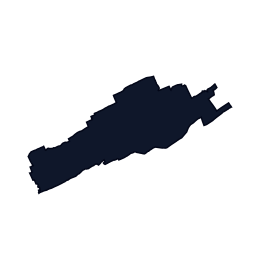 outline of Bogdanesti, Vaslui, Romania, rotated 258°
{"feature_id": "2599482B63320103787750", "entity_name": "Bogdanesti", "entity_type": "district", "adm_level": 2, "iso_a3": "ROU", "parent_name": "Romania", "parent_adm1": "Vaslui", "projection": "orthographic", "projection_center": [27.722, 46.427], "detail": "fine", "context": "isolated", "style": "filled", "palette": "ink", "viewbox_px": 256, "rotation_deg": 258, "n_neighbors": 0, "source": "geoboundaries", "source_scale": "gbopen_adm2", "svg_char_len": 5699}
<svg xmlns="http://www.w3.org/2000/svg" viewBox="0 0 256 256"><g transform="rotate(258 128 128)"><path d="M127.0,233.5L128.4,233.0L128.7,232.7L129.0,232.6L130.7,232.0L131.6,231.6L128.4,223.4L126.2,218.3L129.2,217.2L133.0,215.6L136.4,214.0L138.7,213.1L139.7,212.6L140.6,214.7L141.0,215.5L141.3,216.0L141.8,217.2L141.9,217.8L142.2,218.3L142.3,218.6L142.5,219.2L144.6,219.3L147.3,219.1L147.4,220.2L147.5,220.6L147.7,221.0L148.2,221.9L149.1,223.3L152.9,222.1L152.5,221.2L152.1,220.8L151.6,219.9L151.4,219.4L150.5,217.8L150.0,216.7L150.0,216.1L149.7,215.4L149.6,214.7L149.5,214.3L149.2,214.2L149.0,213.6L148.7,213.3L148.3,213.5L147.1,213.5L146.9,213.5L146.9,213.4L147.2,212.9L147.5,212.7L147.5,212.3L147.6,212.2L148.1,211.8L148.2,211.4L148.0,211.1L148.0,210.7L147.9,210.6L148.6,210.3L147.9,208.9L148.6,208.6L148.5,208.2L147.7,208.3L146.6,205.4L146.3,204.8L144.9,201.2L144.9,200.9L145.0,199.5L144.9,199.0L144.1,197.5L143.9,197.1L143.8,196.4L153.1,194.1L157.2,193.2L157.1,192.8L158.2,192.4L158.0,191.8L157.7,190.3L157.8,189.5L157.9,189.3L158.1,189.3L158.9,189.3L159.7,189.5L159.7,189.1L159.8,186.8L159.9,185.8L159.9,185.2L159.5,182.9L159.2,182.0L159.1,181.1L158.8,180.1L158.3,179.5L157.8,179.1L157.2,178.6L156.2,177.9L156.6,177.7L160.2,176.8L159.6,173.5L158.6,168.1L158.2,166.0L158.3,165.5L158.4,165.4L160.5,166.8L161.1,166.7L162.6,166.3L163.4,165.9L163.9,165.7L164.6,165.2L165.3,165.0L166.1,165.0L167.9,164.6L168.7,164.6L170.1,164.1L173.2,163.7L173.1,162.1L173.1,160.2L173.3,157.6L173.3,156.3L172.8,154.1L171.6,149.2L171.5,148.4L170.8,146.6L170.4,144.5L170.3,144.2L170.0,142.7L169.5,141.5L169.3,140.7L169.3,140.4L169.4,140.0L169.3,139.3L169.0,138.3L168.6,136.8L168.3,135.8L167.8,134.1L167.0,132.6L166.9,132.4L166.3,132.0L165.8,131.5L165.2,130.6L164.4,128.0L164.2,126.6L163.7,124.7L163.1,121.8L163.1,121.4L162.9,120.6L160.8,120.9L156.6,121.7L155.3,122.1L155.2,121.6L154.4,119.4L153.6,115.9L153.4,115.0L153.3,113.6L152.6,111.8L152.5,111.2L152.1,109.7L151.3,107.7L150.9,106.4L150.8,105.6L150.5,104.6L150.4,103.4L149.6,100.8L149.4,99.1L149.2,98.2L147.9,98.5L147.2,96.0L147.1,94.6L146.9,94.2L145.9,94.4L145.9,94.7L145.7,94.7L145.6,95.0L145.4,95.1L145.4,94.9L145.1,94.9L144.8,94.9L144.7,94.8L145.0,94.6L144.9,94.4L143.8,94.7L143.6,94.6L143.5,94.4L143.4,93.6L143.2,92.4L142.5,89.6L142.3,88.7L137.4,89.6L137.2,88.6L136.3,85.9L135.4,83.8L135.1,82.9L134.8,82.3L134.7,81.8L134.6,81.3L134.7,81.0L134.6,79.8L134.5,79.3L134.3,79.0L134.2,78.2L133.7,76.8L133.5,76.5L132.9,75.1L132.2,73.8L131.9,73.4L131.2,72.0L131.0,71.3L130.8,70.5L130.2,69.0L129.8,67.6L128.0,68.0L127.3,68.1L126.8,66.7L126.8,65.6L126.6,65.0L126.9,64.3L127.1,63.5L126.7,61.3L126.5,60.8L126.0,60.2L125.7,59.5L125.2,59.2L124.8,58.7L124.6,57.5L124.7,56.5L124.5,55.3L124.3,54.8L124.3,54.3L123.8,52.8L123.9,52.4L123.8,51.9L124.1,51.1L124.1,50.9L124.0,50.6L123.6,50.1L123.6,49.8L123.9,48.8L123.9,48.4L124.3,46.7L124.7,46.0L124.7,45.4L124.7,45.2L124.5,44.7L123.4,43.3L123.3,42.9L123.4,42.7L123.6,42.6L127.6,41.7L127.3,41.0L127.1,39.9L126.9,38.7L126.5,37.2L126.2,35.1L125.8,33.9L125.6,33.5L125.6,32.9L125.5,31.9L125.2,30.2L124.9,29.1L124.9,28.6L124.4,27.7L123.9,27.3L123.2,26.3L121.6,25.2L120.9,24.5L115.6,25.7L112.1,26.9L110.9,27.4L110.7,26.3L110.1,24.6L110.1,24.2L106.8,24.7L104.8,24.9L104.6,24.7L104.4,23.8L104.3,23.5L104.2,23.2L104.3,22.5L101.8,23.1L96.7,24.2L96.7,24.9L96.7,25.5L95.4,25.9L92.5,26.4L92.4,27.1L92.2,27.1L92.1,27.5L91.8,28.0L91.1,28.4L90.0,27.8L89.6,27.7L88.9,27.8L88.6,27.8L88.5,28.1L88.6,28.9L88.0,29.1L85.1,29.3L85.0,28.6L85.3,28.6L85.3,28.2L85.8,28.0L85.7,27.6L84.3,28.0L84.1,27.8L83.8,27.9L83.5,27.6L83.5,27.3L83.6,27.2L83.4,27.1L82.7,27.3L82.9,27.6L83.2,28.4L83.5,29.9L83.7,31.3L83.8,31.5L84.0,32.4L84.1,33.8L84.1,34.8L84.2,35.6L84.3,36.2L84.6,36.9L84.9,38.6L85.1,40.7L85.3,41.6L85.7,43.1L86.0,44.5L86.7,47.8L87.1,49.2L87.7,51.6L88.4,53.8L88.6,55.0L89.0,55.7L89.3,56.3L89.4,56.9L89.6,57.4L89.6,58.4L89.7,58.9L90.1,59.5L90.3,60.1L90.5,60.4L90.7,61.1L91.0,62.6L91.7,66.9L92.8,68.7L93.0,69.0L93.3,69.5L93.4,70.5L94.4,72.3L96.1,74.8L96.4,76.2L96.9,77.4L96.9,77.5L96.8,78.1L96.5,79.2L96.6,79.7L96.5,80.8L97.0,82.0L97.3,82.6L98.3,85.5L98.4,86.6L98.9,87.4L99.4,88.7L99.5,89.0L99.2,89.6L99.2,90.3L99.1,90.5L98.0,91.3L97.9,91.5L99.2,93.5L100.3,94.7L100.6,95.3L100.8,95.8L101.2,96.8L101.7,97.5L101.9,98.0L101.2,98.1L100.1,98.4L99.8,98.6L99.2,97.4L99.0,96.9L98.9,96.7L98.1,97.0L97.2,98.0L97.5,99.3L97.6,99.5L97.9,100.9L98.4,102.0L98.5,103.0L98.9,103.9L99.1,105.2L99.6,107.3L99.6,107.6L99.4,108.0L99.6,109.6L100.2,111.4L99.9,111.9L99.6,112.0L99.5,112.4L98.7,112.5L98.9,113.2L99.0,114.2L99.1,114.6L99.8,117.9L100.5,120.0L100.7,120.4L100.9,121.5L101.3,122.2L101.3,122.3L102.0,124.1L102.4,124.6L102.6,125.2L102.8,126.5L102.7,126.8L102.8,127.7L103.3,129.2L103.3,129.6L103.1,130.4L102.2,131.7L101.8,133.0L101.3,133.9L100.4,136.1L99.7,137.5L99.3,138.9L99.6,139.6L100.0,140.6L100.9,142.2L101.0,142.4L101.1,143.0L101.0,143.3L101.1,143.5L101.9,144.9L102.4,146.4L102.6,146.8L103.3,148.6L103.4,148.9L103.5,149.5L103.5,150.3L103.7,151.0L103.1,152.3L102.6,153.7L101.3,157.4L101.2,158.0L101.1,158.9L100.8,159.7L100.6,160.6L100.6,161.1L100.6,161.6L100.7,162.1L102.2,165.4L102.5,166.1L103.0,167.3L105.0,172.4L105.5,173.3L105.6,173.8L106.6,176.1L106.7,176.5L106.8,176.9L107.3,178.5L112.0,184.6L113.0,185.2L115.8,187.1L116.2,187.6L116.4,187.7L117.0,188.3L117.9,189.4L118.3,189.8L119.5,193.0L120.9,195.3L122.4,198.1L123.2,201.6L123.3,201.9L122.3,202.0L119.6,202.2L114.7,202.9L115.0,205.1L115.2,205.9L117.7,212.4L118.5,213.7L120.1,216.8L122.8,222.6L123.2,223.3L123.5,223.6L123.9,224.3L124.1,225.2L124.9,227.6L125.3,228.4L125.7,229.9L126.0,230.1L126.3,230.8L126.6,232.2L126.8,232.4L127.0,233.4L127.0,233.5Z" fill="#0f172a" stroke="#020617" stroke-width="1.5"/></g></svg>